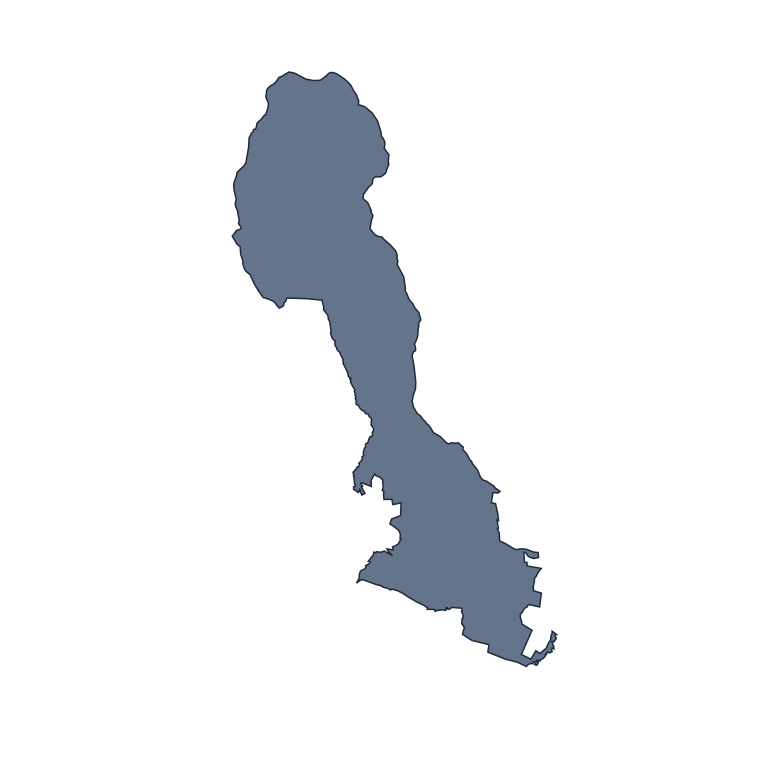 the district of Rusii-Munti, Mures, Romania, rotated 242°
{"feature_id": "2599482B16309524986841", "entity_name": "Rusii-Munti", "entity_type": "district", "adm_level": 2, "iso_a3": "ROU", "parent_name": "Romania", "parent_adm1": "Mures", "projection": "robinson", "projection_center": [24.869, 46.914], "detail": "fine", "context": "isolated", "style": "filled", "palette": "slate", "viewbox_px": 768, "rotation_deg": 242, "n_neighbors": 0, "source": "geoboundaries", "source_scale": "gbopen_adm2", "svg_char_len": 6115}
<svg xmlns="http://www.w3.org/2000/svg" viewBox="0 0 768 768"><g transform="rotate(242 384 384)"><path d="M683.7,484.1L684.1,482.9L684.2,480.8L683.1,477.2L682.2,471.8L682.2,470.1L685.0,464.3L689.8,458.2L700.3,451.1L704.1,446.6L703.6,438.1L704.1,435.3L701.3,430.1L700.6,427.0L700.6,424.0L700.1,421.6L698.9,418.8L693.5,414.8L692.0,414.2L687.4,414.0L685.6,413.4L683.4,412.1L678.6,407.5L677.7,406.4L677.0,403.6L675.1,399.3L674.4,395.4L673.5,393.9L670.8,392.0L669.4,390.0L670.0,388.4L668.0,386.5L667.8,385.0L664.7,380.5L656.4,375.5L644.4,366.1L642.5,363.2L640.0,354.1L639.0,352.9L637.4,351.9L632.1,346.0L629.5,344.3L624.4,342.3L616.7,340.4L613.5,337.6L611.8,336.9L610.1,336.3L606.0,336.1L599.9,334.0L597.1,333.4L594.1,331.0L593.2,330.8L590.5,331.4L588.8,331.2L588.2,329.9L588.8,325.7L585.7,319.4L576.1,319.9L572.7,321.4L565.7,318.3L559.1,317.3L556.4,315.8L551.1,314.8L548.3,315.1L543.0,317.1L534.1,316.5L525.1,316.9L517.1,317.9L513.6,321.6L509.1,325.1L505.7,326.2L503.7,326.1L502.6,326.7L500.2,327.0L500.0,330.8L500.6,332.4L502.5,333.8L503.5,336.6L505.4,338.3L505.5,338.7L495.0,356.8L487.1,368.6L480.3,366.9L477.8,365.5L471.2,366.7L467.1,365.3L464.6,365.4L455.7,362.1L454.1,360.8L449.9,359.9L447.6,359.9L445.0,361.1L444.3,360.3L440.4,358.8L438.5,359.3L437.1,358.7L434.1,359.1L432.4,360.0L431.3,359.5L425.9,359.4L422.2,358.3L421.6,357.6L411.9,357.3L409.1,356.8L408.2,356.2L406.6,356.3L405.0,357.4L404.3,357.2L404.7,356.7L404.6,356.3L402.5,356.2L401.0,355.1L399.7,355.6L397.9,355.2L392.6,355.6L391.9,354.6L388.7,353.9L387.5,353.1L385.9,353.5L384.8,351.8L382.8,351.8L379.2,349.9L378.3,350.3L377.6,351.3L373.7,351.4L370.8,352.4L368.9,353.9L366.7,353.7L364.8,356.0L362.9,355.5L360.6,356.3L358.2,356.3L357.0,355.6L356.6,354.8L355.2,354.4L353.8,353.3L350.7,353.8L348.5,353.5L347.2,352.2L346.9,351.0L343.5,349.3L343.3,348.7L344.1,347.1L343.0,345.4L339.9,342.3L339.9,340.3L339.4,339.3L337.1,338.2L336.4,336.6L333.4,333.6L330.5,332.5L329.9,330.2L327.5,329.7L327.4,328.4L326.4,327.2L326.4,325.8L325.7,324.5L323.3,324.0L322.9,322.8L323.4,321.8L322.7,320.4L321.8,319.7L321.8,318.0L321.0,317.3L320.6,315.2L318.2,314.8L317.5,314.5L317.7,314.2L309.7,311.3L309.5,310.9L307.7,311.1L307.3,310.2L307.5,308.9L305.4,307.8L300.4,310.2L301.2,311.6L300.8,311.8L302.5,313.0L302.0,313.4L299.4,312.5L296.3,312.3L296.4,315.9L303.8,315.7L303.7,317.1L306.7,316.8L307.4,317.4L307.1,318.1L299.5,324.7L305.1,327.5L309.0,333.6L306.8,333.9L303.6,336.5L299.7,338.0L298.2,336.8L293.7,335.1L290.7,332.4L289.4,333.6L286.9,331.8L282.1,329.8L278.4,336.8L273.4,335.2L270.9,343.2L260.0,336.8L261.3,327.5L257.8,323.5L251.7,326.7L247.6,328.3L243.7,327.9L239.7,325.5L239.2,326.3L236.0,321.2L235.9,317.6L236.2,315.1L233.2,314.4L237.0,309.1L234.1,309.2L228.6,310.9L236.4,305.8L236.8,302.8L237.3,301.5L239.0,299.4L239.4,298.6L239.0,297.4L240.3,296.1L237.9,294.1L234.9,286.9L233.9,288.3L233.0,288.2L232.0,284.8L232.4,284.3L232.1,282.4L231.2,282.6L229.8,280.2L230.0,276.4L229.3,274.7L227.9,273.2L224.2,270.9L221.1,266.2L221.9,271.2L221.1,273.5L209.9,283.6L208.2,286.0L205.0,287.9L201.2,291.9L199.0,293.0L199.2,294.1L198.6,295.4L195.2,298.8L190.7,302.1L183.8,305.8L175.4,311.1L170.4,314.9L165.9,317.4L164.8,316.3L161.2,322.8L159.2,322.4L159.2,324.2L157.6,328.3L157.6,329.2L155.3,331.6L155.6,333.6L157.1,333.5L157.0,334.8L155.6,334.7L154.5,335.6L154.4,336.9L155.0,338.7L149.7,347.2L147.0,346.6L146.7,345.5L143.7,345.5L142.3,345.1L141.3,344.2L140.6,344.2L139.9,342.4L139.1,342.3L135.8,340.0L134.3,340.6L130.5,340.3L129.7,339.0L126.1,335.8L116.4,341.2L104.5,354.3L98.5,349.8L84.1,362.0L75.7,371.2L67.7,377.1L68.6,379.2L68.4,382.7L67.0,384.0L68.4,385.1L68.3,386.7L67.4,386.8L65.3,385.4L63.9,387.0L65.4,389.4L66.3,389.5L67.5,388.5L68.3,388.8L68.2,389.7L66.7,390.9L66.2,391.8L67.1,392.7L66.9,395.5L67.8,398.2L69.5,399.6L69.6,399.9L68.9,400.2L70.5,402.7L68.8,404.0L68.7,406.8L71.2,407.4L71.9,408.5L70.4,409.6L71.5,409.8L72.3,410.8L74.2,410.6L75.8,411.3L77.8,411.0L77.4,412.4L76.6,413.2L77.7,414.9L77.9,416.0L78.7,416.9L81.6,416.6L82.0,417.4L81.7,418.8L86.8,416.4L85.4,415.7L82.8,412.9L80.3,411.3L79.1,409.8L78.6,408.3L74.5,403.1L72.9,395.2L77.2,392.9L72.1,384.5L80.7,378.3L97.1,399.1L107.3,393.0L109.9,394.1L114.3,394.9L116.7,396.4L117.2,398.2L119.6,401.9L120.1,403.9L119.9,405.4L121.2,407.3L121.0,408.5L120.3,409.5L114.1,416.7L125.5,424.8L131.3,418.9L133.4,420.1L133.8,419.7L139.1,424.1L141.9,425.8L142.5,427.7L145.6,432.2L147.3,436.3L156.2,424.9L159.3,426.5L160.7,424.3L169.8,428.5L169.3,429.3L167.6,430.1L165.1,430.2L163.8,430.7L162.0,431.9L160.5,433.6L159.8,433.8L158.3,439.0L162.8,441.0L165.3,437.3L171.4,431.9L173.2,429.2L174.6,426.4L175.5,423.4L176.6,422.0L186.6,415.9L191.3,412.5L198.6,415.9L202.9,415.9L202.6,417.1L210.8,419.9L209.5,421.0L216.2,423.6L226.0,426.3L228.7,423.0L237.0,429.3L234.2,433.4L234.7,436.1L240.1,433.3L242.2,433.1L249.7,429.1L252.7,426.4L256.1,425.4L264.2,426.2L271.8,424.7L274.8,424.9L276.9,424.1L283.1,424.3L288.9,422.9L290.1,423.4L290.9,424.3L297.1,422.1L297.7,420.2L300.6,415.6L300.5,413.6L301.5,412.3L303.1,411.4L311.3,408.9L317.8,404.8L323.5,404.6L327.0,404.0L329.0,403.0L331.9,402.8L333.4,402.0L338.4,401.3L342.2,399.5L349.7,399.2L355.6,400.8L360.6,404.8L365.0,409.6L370.9,413.0L386.4,419.2L396.0,422.1L398.8,425.5L398.5,426.8L398.8,427.6L400.8,428.7L405.0,429.7L408.1,433.9L411.3,436.8L415.3,439.2L418.4,441.6L421.1,443.0L422.2,444.2L423.1,446.4L424.9,447.1L428.6,447.7L430.1,448.4L436.6,447.0L441.9,447.0L446.6,445.8L453.6,446.6L455.7,446.3L458.9,448.0L469.4,451.7L483.3,451.8L486.6,454.2L488.5,454.3L491.9,456.2L495.9,456.8L504.2,454.8L512.5,451.5L514.6,451.2L517.2,448.0L520.6,445.8L527.7,444.6L534.0,449.4L537.9,453.3L541.6,453.2L543.0,454.2L551.6,454.8L557.5,452.5L560.9,454.7L565.0,462.8L566.1,466.9L567.1,468.3L569.5,469.8L570.3,470.9L570.8,472.3L570.8,473.8L568.4,478.6L569.4,484.4L573.4,488.5L575.4,491.2L578.8,492.4L584.2,496.0L591.9,494.8L595.4,497.4L597.9,498.4L600.8,498.6L604.0,498.1L608.1,499.7L619.5,501.8L628.9,500.8L637.6,497.3L641.0,494.4L642.3,492.4L646.2,494.7L650.2,495.0L651.1,495.5L658.1,494.8L662.8,495.0L666.3,494.3L672.1,492.2L680.7,487.5L683.7,484.1Z" fill="#64748b" stroke="#1e293b" stroke-width="1.5"/></g></svg>